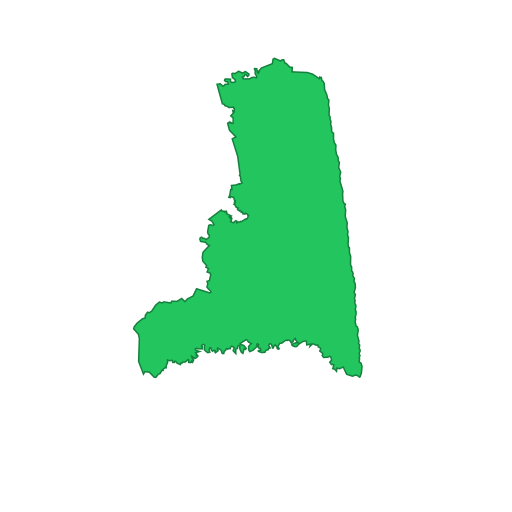 Ugu, KwaZulu-Natal, South Africa (Robinson projection), rotated 322°
{"feature_id": "47623444B80915190121590", "entity_name": "Ugu", "entity_type": "district", "adm_level": 2, "iso_a3": "ZAF", "parent_name": "South Africa", "parent_adm1": "KwaZulu-Natal", "projection": "robinson", "projection_center": [30.195, -30.583], "detail": "fine", "context": "isolated", "style": "filled", "palette": "green", "viewbox_px": 512, "rotation_deg": 322, "n_neighbors": 0, "source": "geoboundaries", "source_scale": "gbopen_adm2", "svg_char_len": 6158}
<svg xmlns="http://www.w3.org/2000/svg" viewBox="0 0 512 512"><g transform="rotate(322 256 256)"><path d="M262.9,415.1L263.6,415.3L267.1,413.0L271.5,408.4L272.8,405.1L272.1,403.0L274.4,400.7L274.7,399.6L276.5,398.7L277.2,396.2L279.4,395.1L280.4,393.7L280.2,392.5L282.8,390.1L283.1,387.8L284.7,386.6L287.1,380.9L291.0,377.3L292.2,374.3L291.8,372.8L293.6,369.0L295.9,366.8L296.2,365.6L299.3,363.2L300.8,361.1L301.1,359.6L304.2,356.7L304.8,353.9L306.7,352.1L307.2,350.4L310.5,347.7L311.0,345.0L314.8,342.2L316.9,339.2L317.5,337.4L317.2,336.7L319.7,334.3L320.1,331.0L321.7,329.7L322.3,328.1L322.1,326.9L324.6,323.5L325.1,321.1L330.5,314.4L331.5,311.2L334.7,307.0L334.4,306.0L335.7,303.5L340.3,298.3L341.0,295.8L343.4,293.6L345.2,289.5L348.3,286.0L350.7,279.7L355.1,274.8L356.3,271.7L358.4,270.1L357.7,269.1L358.4,266.1L362.6,260.2L364.3,258.6L368.3,248.6L370.2,247.0L370.9,244.9L374.3,242.1L375.6,237.2L379.4,233.5L379.4,231.9L381.5,228.6L382.0,225.4L384.2,221.4L387.2,217.9L387.5,214.9L389.2,211.4L392.7,207.0L392.2,205.4L392.6,203.9L394.5,201.6L395.9,198.2L397.9,196.1L398.6,193.7L400.0,192.1L400.4,189.8L404.6,184.9L405.9,181.8L409.5,177.9L409.3,176.0L411.0,172.7L412.5,167.2L416.0,162.0L416.4,159.4L415.9,158.4L417.4,155.6L416.6,155.3L416.5,154.3L415.0,155.2L412.6,147.6L409.4,143.0L397.8,133.1L400.7,129.7L398.9,127.9L398.4,123.0L397.6,121.7L398.6,118.4L397.6,117.5L395.4,117.4L392.2,111.5L390.6,111.4L387.3,114.5L376.0,111.2L371.9,112.0L371.9,112.7L370.4,113.4L370.1,112.3L371.9,108.9L370.3,107.4L369.8,107.7L369.5,109.5L367.5,111.9L367.2,114.8L366.1,115.9L364.4,113.8L362.3,112.7L360.0,112.5L355.2,108.8L355.4,106.7L356.9,107.2L359.0,106.2L359.9,107.4L359.8,109.3L361.5,109.2L362.5,108.3L361.2,104.1L357.9,103.5L356.1,99.7L351.9,99.4L350.1,97.6L349.1,97.6L347.3,100.9L348.1,104.1L347.2,105.9L345.5,105.6L343.5,104.0L343.5,102.4L344.8,101.0L341.3,97.9L340.2,97.6L339.3,98.3L339.4,99.8L341.0,101.2L339.9,103.5L337.2,101.7L335.1,102.1L334.3,101.4L333.9,98.3L331.0,96.7L323.2,115.4L324.3,116.9L324.1,118.7L325.3,120.0L326.1,122.4L329.9,124.9L329.4,125.7L329.8,126.5L328.0,128.4L327.2,127.1L326.4,128.7L326.7,129.4L322.4,130.0L323.1,133.0L319.7,137.3L319.1,137.0L318.1,134.7L317.8,135.5L316.5,133.9L315.3,134.0L312.5,140.7L313.5,149.8L309.4,149.0L302.9,166.3L293.5,182.2L292.7,182.2L292.6,183.9L290.4,187.5L290.1,189.8L287.2,189.3L287.3,188.7L283.7,187.6L280.1,185.3L278.0,188.7L277.0,188.0L272.7,192.0L270.7,193.0L271.6,194.1L272.0,193.4L272.7,193.8L274.5,196.2L273.4,198.6L273.7,199.7L272.2,200.2L272.6,201.0L272.1,201.5L270.5,201.6L270.9,202.5L270.4,205.3L271.5,207.3L270.3,207.6L270.1,208.4L270.7,210.4L271.4,210.3L271.8,211.5L271.2,212.4L272.2,212.7L271.7,215.0L272.6,214.9L273.0,216.2L274.4,216.1L275.0,218.1L274.6,219.1L275.0,219.5L272.1,221.2L270.8,220.6L270.6,221.6L270.4,220.4L265.4,219.9L265.1,219.2L263.7,219.1L262.9,218.1L261.3,218.1L262.3,216.6L261.6,215.7L258.6,215.9L257.2,213.2L258.6,212.7L258.8,211.9L259.9,211.8L260.3,210.5L258.8,209.9L259.1,208.6L261.1,209.1L258.9,204.6L259.8,203.7L260.1,202.3L258.6,202.3L258.7,201.3L256.9,199.9L257.0,198.3L241.4,198.1L242.7,201.5L242.2,205.4L240.8,205.3L239.2,203.2L237.6,202.8L232.6,207.3L231.8,209.3L231.9,211.1L230.4,212.5L226.7,212.2L226.2,210.2L224.8,209.3L224.8,207.7L223.3,207.3L222.1,208.2L221.3,210.4L224.8,214.3L224.6,216.9L225.8,219.0L216.6,220.4L212.8,224.0L210.9,227.4L211.2,233.2L209.6,234.0L210.8,236.6L207.6,238.5L209.4,241.4L208.6,243.1L204.1,246.7L201.8,245.8L200.8,248.3L198.1,250.4L198.6,256.0L197.9,256.9L196.6,256.3L189.0,245.2L181.7,248.8L175.6,247.6L171.9,248.2L171.3,243.7L165.8,243.1L161.7,239.7L160.0,240.6L155.1,235.4L153.0,235.1L151.5,232.8L146.5,233.0L140.0,235.2L137.1,235.0L135.9,233.5L132.3,234.6L130.5,236.6L128.0,235.6L121.1,235.7L116.5,236.8L114.7,238.1L115.2,245.2L113.3,249.2L98.6,266.8L94.6,279.8L97.2,278.7L100.4,281.9L101.2,288.8L102.3,290.0L106.2,289.0L107.9,289.6L111.8,288.2L112.3,288.8L112.4,288.1L115.6,288.1L116.3,288.8L117.8,287.1L120.5,285.7L122.3,283.5L123.0,284.9L125.8,286.8L124.9,288.6L126.0,289.6L127.2,288.9L127.7,289.3L127.9,292.0L129.6,295.0L130.7,294.2L131.6,294.8L133.5,294.7L134.9,296.0L138.5,295.7L138.9,296.2L137.4,298.4L138.7,299.6L140.4,299.3L139.9,300.2L140.4,300.8L142.9,299.5L142.8,297.3L143.6,295.5L144.7,299.0L145.4,299.4L148.5,299.2L148.8,298.5L147.9,297.4L148.8,297.2L148.9,295.0L152.7,296.5L150.8,293.7L150.4,292.5L151.2,291.8L152.5,292.1L152.6,292.9L156.5,296.1L158.0,294.4L157.6,293.5L159.3,292.8L160.5,293.7L160.6,294.6L157.5,298.1L158.3,302.3L160.3,303.4L161.5,300.8L163.2,299.9L163.9,300.7L163.0,302.4L163.1,304.3L164.8,304.4L165.6,305.5L164.5,306.3L164.5,307.3L167.8,307.3L168.6,305.1L169.3,305.0L170.5,308.9L169.4,311.8L169.9,312.7L170.6,313.0L172.5,311.4L173.7,311.7L175.8,310.8L176.3,312.1L177.2,311.9L178.6,313.2L179.8,312.2L181.4,312.1L182.5,314.9L179.7,316.5L180.0,320.4L182.7,317.0L184.6,317.4L186.7,315.6L187.5,316.0L187.8,317.1L186.1,319.1L185.2,322.7L185.7,324.7L189.4,321.9L190.3,323.2L191.4,322.7L191.4,319.1L189.3,315.9L189.5,315.2L196.8,315.9L197.3,317.1L197.0,319.2L198.4,322.0L194.5,322.7L192.4,325.5L192.2,327.5L195.7,328.4L201.3,327.9L202.0,326.4L203.1,326.0L203.5,327.4L201.7,328.7L201.5,330.7L202.5,331.3L201.8,333.2L199.5,332.1L199.2,332.6L201.0,335.6L203.7,337.4L206.0,336.4L207.8,337.4L208.8,336.7L210.6,337.2L210.9,334.2L212.6,333.5L213.5,334.3L213.7,335.5L212.4,338.7L213.1,339.1L214.9,337.9L216.4,337.8L216.5,340.4L215.7,342.2L216.5,343.4L217.3,343.3L217.4,340.8L221.0,339.5L222.9,340.6L227.3,340.6L228.6,341.8L229.4,341.7L230.6,343.3L230.3,346.3L232.6,346.3L232.9,345.6L236.1,345.1L235.5,347.2L235.7,350.2L234.3,349.0L230.5,347.9L229.5,348.0L229.5,349.1L230.9,351.5L232.4,352.4L235.2,351.8L240.0,352.2L242.8,353.4L243.2,354.3L241.2,357.3L244.8,359.0L242.9,360.4L246.3,360.1L247.3,360.8L248.2,363.0L250.0,364.3L249.1,365.8L250.1,368.0L249.6,369.1L247.7,370.2L248.6,373.5L248.1,374.6L246.9,375.1L246.8,377.6L250.4,380.0L252.4,380.5L252.8,381.4L251.6,384.5L248.7,385.1L248.6,388.1L249.7,388.6L250.2,389.9L247.1,392.0L248.3,393.6L248.5,396.4L250.8,394.1L252.5,396.3L256.4,397.2L254.6,405.0L258.0,410.1L261.4,411.2L262.7,413.5L262.9,415.1Z" fill="#22c55e" stroke="#15803d" stroke-width="1.5"/></g></svg>